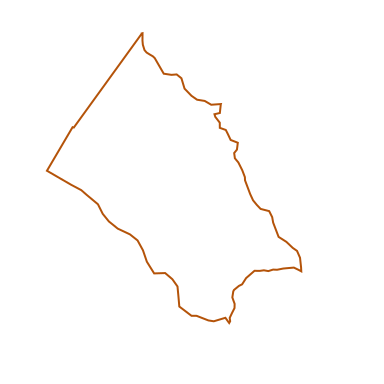 Akrounta, Limassol, Cyprus (Equal Earth projection), rotated 305°
{"feature_id": "46923920B9676059299864", "entity_name": "Akrounta", "entity_type": "district", "adm_level": 2, "iso_a3": "CYP", "parent_name": "Cyprus", "parent_adm1": "Limassol", "projection": "equal_earth", "projection_center": [33.086, 34.766], "detail": "fine", "context": "isolated", "style": "outline", "palette": "amber", "viewbox_px": 384, "rotation_deg": 305, "n_neighbors": 0, "source": "geoboundaries", "source_scale": "gbopen_adm2", "svg_char_len": 1381}
<svg xmlns="http://www.w3.org/2000/svg" viewBox="0 0 384 384"><g transform="rotate(305 192 192)"><path d="M176.6,57.0L126.2,61.0L128.6,88.9L130.0,100.2L129.2,107.7L128.0,122.0L122.9,131.4L120.2,140.8L119.4,152.2L121.7,165.5L121.1,175.2L116.1,185.3L109.0,195.0L103.6,207.7L110.2,216.5L109.3,225.9L106.3,234.3L98.3,241.1L90.9,247.3L90.3,262.6L93.2,266.8L96.2,279.1L98.6,284.0L108.1,291.5L106.0,297.6L108.0,297.4L110.5,295.1L115.7,294.2L121.3,293.4L124.8,291.1L127.2,287.7L128.8,285.5L134.3,282.8L135.9,282.6L142.0,284.3L145.1,286.0L152.5,285.7L163.3,288.4L166.2,292.7L169.1,295.8L171.0,299.9L174.4,302.5L175.0,303.0L177.1,306.3L181.6,310.6L183.9,313.3L188.5,318.8L189.3,323.7L189.7,327.0L192.8,324.6L200.1,318.2L204.0,311.8L204.0,306.5L205.3,297.9L204.9,288.7L213.5,276.0L217.4,272.1L220.6,266.2L217.5,257.9L218.6,252.5L220.2,246.8L223.7,240.8L232.0,228.7L234.5,226.8L238.7,220.6L242.8,213.0L244.2,207.8L248.1,204.2L252.5,204.5L258.0,201.6L258.6,201.3L258.3,199.9L256.8,193.8L260.0,188.2L262.2,184.1L260.5,178.0L264.7,175.0L266.9,168.0L268.6,165.8L272.7,169.5L280.3,165.3L280.6,165.2L274.5,157.7L273.9,150.2L270.5,143.2L270.5,136.4L272.4,126.6L279.1,118.1L279.5,112.0L276.2,108.0L272.7,101.0L280.3,84.7L280.7,82.1L280.4,78.6L280.2,74.8L281.0,71.7L284.4,67.3L287.6,64.6L293.7,60.4L293.1,59.9L293.0,60.0L177.0,58.2L176.6,57.0Z" fill="none" stroke="#b45309" stroke-width="2"/></g></svg>